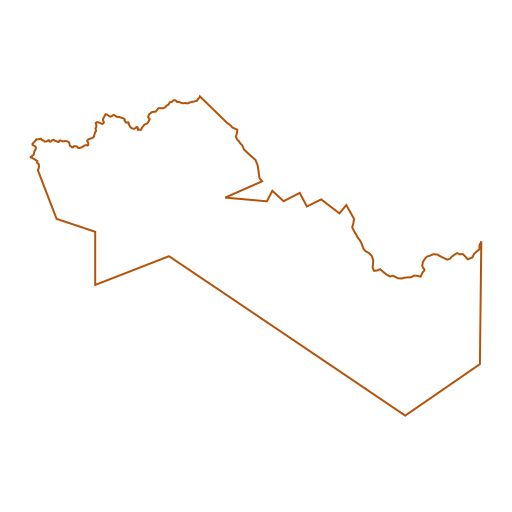 outline of Tambul/Nebilyer District, Western Highlands, Papua New Guinea
{"feature_id": "67681753B52685318346080", "entity_name": "Tambul/Nebilyer District", "entity_type": "district", "adm_level": 2, "iso_a3": "PNG", "parent_name": "Papua New Guinea", "parent_adm1": "Western Highlands", "projection": "mercator", "projection_center": [144.032, -5.998], "detail": "fine", "context": "isolated", "style": "outline", "palette": "amber", "viewbox_px": 512, "rotation_deg": 0, "n_neighbors": 0, "source": "geoboundaries", "source_scale": "gbopen_adm2", "svg_char_len": 3373}
<svg xmlns="http://www.w3.org/2000/svg" viewBox="0 0 512 512"><path d="M346.3,205.1L339.4,213.4L321.2,199.4L306.9,206.5L299.7,192.9L283.6,201.2L272.3,190.8L266.9,201.3L225.2,197.6L262.1,181.3L259.5,178.1L257.7,165.5L255.4,159.8L250.9,156.0L243.9,149.4L243.3,147.5L242.0,145.0L240.3,143.5L238.9,141.2L237.3,139.7L235.8,136.6L236.6,134.4L237.1,132.1L237.3,129.7L232.3,127.5L231.1,125.9L229.1,124.3L226.8,122.6L199.9,96.4L199.6,97.3L197.5,99.6L197.2,100.6L193.4,101.7L192.4,101.8L189.9,102.4L188.6,103.1L187.3,103.4L185.4,103.0L182.6,103.3L179.0,102.0L177.1,102.0L176.5,101.3L175.9,100.5L174.7,100.2L173.4,100.4L171.7,101.9L169.8,102.3L168.4,104.7L167.4,105.2L166.2,106.0L165.5,107.0L164.8,107.5L162.5,108.4L162.1,108.4L160.7,108.1L159.0,108.1L158.2,108.5L157.3,109.7L155.8,111.6L153.7,111.8L151.7,112.2L150.2,113.5L149.0,114.4L148.2,116.9L148.2,117.3L149.7,119.2L148.3,121.9L146.8,123.7L145.3,124.2L144.2,124.8L143.6,125.8L142.6,126.8L141.9,128.0L141.0,129.9L140.4,129.9L139.0,129.5L138.2,130.0L137.8,128.7L137.6,127.3L137.1,127.0L136.3,127.1L135.6,128.2L134.7,128.6L133.4,128.8L132.0,128.3L130.8,127.6L128.7,124.3L128.8,123.2L128.4,122.4L126.0,122.6L124.5,120.5L124.7,119.3L124.0,118.6L121.4,117.8L119.5,117.0L117.5,116.9L116.4,116.6L114.0,114.9L113.1,115.2L112.4,115.8L110.6,116.6L109.4,116.3L107.0,114.6L105.6,114.2L105.2,114.6L104.8,115.8L103.4,118.2L102.9,119.3L103.1,120.4L103.9,122.3L103.1,123.5L102.1,124.0L100.1,123.0L97.5,122.1L96.5,122.3L95.8,122.9L95.7,123.5L96.3,124.6L96.3,126.9L95.8,127.8L95.5,128.7L95.8,129.7L96.1,130.9L95.4,131.8L94.9,132.6L94.8,133.6L94.3,134.9L93.9,136.8L93.0,137.5L91.7,138.3L90.2,138.6L89.2,139.0L87.4,140.2L87.1,141.0L88.3,142.9L88.3,143.6L88.1,145.2L87.5,145.5L86.1,145.1L85.3,145.3L84.2,145.7L82.7,146.8L80.7,147.7L79.4,148.1L78.1,147.9L77.1,146.6L75.0,146.1L74.0,146.3L73.4,146.8L72.7,147.5L71.9,147.2L71.2,146.4L70.3,146.1L69.8,145.5L69.2,142.7L68.7,142.1L67.1,141.3L65.2,141.0L63.8,141.4L62.3,141.3L60.5,140.5L59.5,140.6L59.0,141.4L58.6,142.0L57.7,141.8L56.2,141.1L55.1,140.9L54.1,140.2L53.4,139.8L52.4,140.2L51.5,140.9L50.6,141.7L49.5,141.5L49.0,140.3L48.4,140.2L46.2,141.5L44.8,141.5L44.5,141.5L43.9,140.8L41.8,139.8L40.9,138.7L37.9,139.4L36.3,139.3L36.0,139.7L35.8,140.4L32.5,143.8L32.5,144.9L33.6,145.5L35.2,146.4L35.9,147.5L35.7,149.3L34.4,151.3L34.0,153.3L33.8,154.5L32.4,155.8L30.7,157.0L30.8,157.4L32.0,157.8L37.0,160.8L37.4,161.2L37.2,162.1L37.1,162.8L37.7,163.4L38.6,164.0L38.9,165.0L39.0,166.5L38.6,168.4L38.4,169.2L37.8,170.0L56.6,218.9L95.2,231.8L95.2,284.9L116.4,276.7L169.0,256.2L237.4,302.3L340.5,371.9L405.2,415.6L479.9,364.1L481.3,241.4L479.4,245.4L479.6,249.2L477.3,251.0L474.0,254.0L472.4,257.4L467.8,259.3L465.5,256.8L462.9,254.1L459.8,254.3L457.1,253.1L454.8,254.5L451.7,256.7L450.0,258.8L447.3,259.6L441.8,257.1L437.4,254.6L433.2,254.2L430.2,255.6L427.0,256.6L424.8,258.9L422.8,262.1L422.6,264.0L422.2,265.5L422.8,267.7L424.2,268.9L424.4,270.4L422.6,272.4L420.6,276.6L417.1,275.8L414.0,275.6L411.3,277.2L407.4,277.4L404.6,277.7L401.5,278.5L398.0,278.3L394.9,276.7L392.8,275.7L390.2,276.5L386.4,274.5L383.2,271.9L380.2,269.2L377.2,270.5L374.0,270.8L372.6,267.4L373.0,264.2L373.2,260.3L371.8,256.0L369.2,253.2L365.1,250.8L363.4,248.6L362.3,245.7L361.4,243.1L360.0,240.5L357.6,237.3L356.0,234.3L354.2,231.3L352.2,227.4L353.3,223.5L354.1,218.9L346.3,205.1Z" fill="none" stroke="#b45309" stroke-width="2"/></svg>